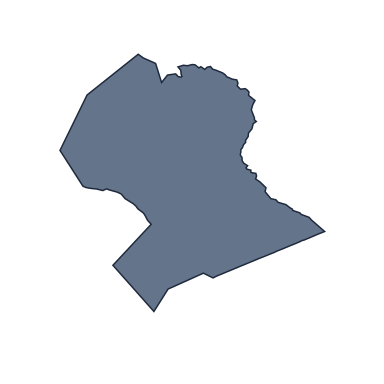 Takhtakupir, Karakalpakstan, Uzbekistan (orthographic projection), rotated 107°
{"feature_id": "79887680B8081809775743", "entity_name": "Takhtakupir", "entity_type": "district", "adm_level": 2, "iso_a3": "UZB", "parent_name": "Uzbekistan", "parent_adm1": "Karakalpakstan", "projection": "orthographic", "projection_center": [60.944, 43.185], "detail": "fine", "context": "isolated", "style": "filled", "palette": "slate", "viewbox_px": 384, "rotation_deg": 107, "n_neighbors": 0, "source": "geoboundaries", "source_scale": "gbopen_adm2", "svg_char_len": 1633}
<svg xmlns="http://www.w3.org/2000/svg" viewBox="0 0 384 384"><g transform="rotate(107 192 192)"><path d="M129.9,320.7L190.8,330.4L218.4,297.9L218.7,294.5L218.0,288.9L217.0,284.0L216.7,277.7L213.9,274.5L214.2,272.4L214.0,263.5L214.6,259.1L217.9,254.1L219.2,249.2L220.4,244.7L221.9,241.5L223.9,238.9L226.3,232.3L228.3,229.9L232.1,226.2L234.8,221.6L285.2,246.2L317.4,193.5L291.8,186.5L266.3,157.4L268.0,146.7L267.6,146.3L266.5,145.2L265.1,143.7L249.7,125.1L245.2,119.6L236.2,108.7L233.1,104.8L227.2,97.6L226.3,96.3L223.8,93.6L217.3,85.6L213.3,80.8L213.2,80.5L212.2,79.5L211.7,78.7L207.4,73.7L206.0,72.3L206.0,72.2L205.3,70.9L197.4,61.5L195.8,59.6L191.0,53.6L184.0,69.3L182.0,72.6L181.5,81.1L180.4,82.7L180.2,90.2L179.0,91.0L178.3,94.1L176.6,98.4L176.7,106.6L174.9,109.5L175.3,114.7L170.3,122.2L166.3,122.5L162.5,129.9L160.9,135.0L157.8,134.9L155.5,136.4L156.0,139.8L155.9,141.5L153.9,142.1L154.1,146.2L153.0,147.4L150.6,146.5L149.4,150.8L147.5,153.1L144.2,154.4L142.5,156.7L139.3,157.0L137.2,157.7L135.2,156.8L131.6,156.5L128.8,155.2L127.0,155.9L122.6,154.5L119.0,155.2L114.2,153.2L108.7,153.4L105.8,151.1L104.7,153.4L102.8,154.0L96.1,159.3L90.5,159.4L86.1,158.5L84.7,162.0L83.1,166.1L79.7,166.8L78.3,169.1L77.6,171.3L79.5,175.7L77.3,179.8L74.4,179.9L71.7,182.0L72.3,186.4L71.6,192.7L70.3,194.2L69.2,197.4L68.5,204.7L68.5,208.1L66.6,211.0L68.1,213.8L71.0,215.7L69.6,220.2L71.3,221.7L69.5,226.2L70.0,229.0L72.6,233.3L73.3,237.3L76.5,242.0L78.9,238.3L82.8,236.7L84.2,235.5L85.4,236.0L85.7,239.0L83.8,242.1L87.3,249.6L96.2,253.1L79.7,264.4L78.1,277.6L76.0,283.7L129.9,320.7Z" fill="#64748b" stroke="#1e293b" stroke-width="1.5"/></g></svg>